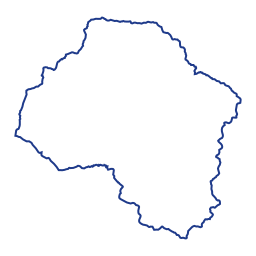 Kapong, Phangnga, Thailand, rotated 270°
{"feature_id": "78962969B49834487361674", "entity_name": "Kapong", "entity_type": "district", "adm_level": 2, "iso_a3": "THA", "parent_name": "Thailand", "parent_adm1": "Phangnga", "projection": "mercator", "projection_center": [98.457, 8.749], "detail": "fine", "context": "isolated", "style": "outline", "palette": "blue", "viewbox_px": 256, "rotation_deg": 270, "n_neighbors": 0, "source": "geoboundaries", "source_scale": "gbopen_adm2", "svg_char_len": 5791}
<svg xmlns="http://www.w3.org/2000/svg" viewBox="0 0 256 256"><g transform="rotate(270 128 128)"><path d="M189.3,195.7L189.2,195.0L189.3,194.6L191.0,193.5L191.0,191.0L192.0,190.5L192.3,189.3L192.7,188.8L194.5,188.0L195.6,186.9L196.4,185.6L197.2,185.4L199.3,186.0L200.8,186.2L201.6,185.7L202.7,185.7L204.4,184.8L206.4,184.9L207.5,184.4L208.5,183.4L208.8,181.1L209.3,180.5L210.6,180.1L214.0,179.9L214.7,179.6L215.5,178.3L216.5,177.5L216.5,176.0L216.9,174.6L216.5,173.2L216.6,172.6L217.1,172.1L219.3,171.2L221.0,170.2L222.8,168.2L223.1,167.5L223.0,166.4L223.8,163.4L225.6,162.4L229.0,161.4L229.6,159.7L230.5,158.4L231.4,157.5L232.7,156.9L233.2,156.2L233.3,154.1L233.9,153.1L233.5,151.1L234.2,148.2L234.1,147.6L233.2,146.0L233.3,143.8L232.4,141.6L232.9,139.4L232.8,137.5L233.4,135.1L233.3,133.9L232.7,132.6L232.7,131.9L233.0,131.1L234.5,130.5L234.7,130.1L234.4,128.8L234.4,126.9L234.5,124.7L235.0,123.2L234.5,122.1L234.6,121.3L234.1,120.1L235.2,116.7L235.0,114.7L236.2,110.7L235.5,109.1L235.4,107.9L235.9,106.3L236.9,105.5L237.1,104.4L237.9,103.7L238.4,102.3L238.4,101.9L237.4,100.9L237.1,100.2L237.2,95.7L236.5,93.4L236.3,91.1L235.4,90.4L233.8,88.2L232.0,87.9L231.3,87.4L229.8,87.7L229.3,87.1L227.8,86.8L226.9,84.8L226.2,84.1L225.3,84.1L221.5,85.9L218.1,85.5L216.1,84.5L214.8,83.5L213.8,83.5L211.8,82.7L210.2,83.1L209.7,82.5L206.8,80.7L205.2,78.9L202.9,77.8L202.5,76.8L202.8,75.6L202.8,74.9L203.6,72.9L203.7,72.0L201.9,67.7L201.4,65.9L199.8,65.8L199.2,65.1L198.0,64.8L197.8,63.5L196.7,62.3L197.0,61.5L196.2,60.8L195.8,60.0L194.6,59.2L194.4,58.3L193.9,57.7L192.8,57.2L188.3,56.1L186.6,54.9L186.1,54.1L186.0,53.6L186.9,52.7L187.0,51.7L187.6,50.9L187.8,49.7L187.8,48.1L188.6,47.2L188.8,45.4L188.3,43.7L187.6,43.3L186.0,43.5L184.6,43.3L181.4,42.3L180.7,41.7L180.3,41.8L180.2,42.6L178.4,43.3L177.1,42.6L174.5,42.2L172.8,42.3L172.2,42.1L171.2,40.1L169.4,38.0L169.4,36.3L167.9,33.8L167.6,32.1L167.0,30.6L166.7,28.4L165.4,26.4L163.2,26.3L161.8,26.6L161.2,26.5L152.8,23.2L149.2,22.4L145.8,21.0L145.1,20.2L143.3,20.1L141.9,19.3L141.4,19.4L140.2,20.3L138.8,19.9L137.1,20.3L136.1,19.6L135.2,19.8L131.3,19.8L130.0,19.6L127.4,18.7L127.0,18.3L126.8,17.3L125.6,16.2L120.2,15.4L119.9,17.1L119.1,18.7L118.9,20.2L116.6,23.0L114.7,26.5L114.7,29.1L113.2,31.5L111.1,32.7L107.7,35.8L103.7,38.5L103.1,39.6L103.1,40.0L103.7,41.6L101.2,41.4L100.5,41.7L99.9,42.4L97.7,46.5L97.7,47.0L98.1,48.3L97.8,49.0L96.9,49.7L95.1,50.8L92.2,54.0L89.0,56.7L85.9,58.7L85.8,62.4L86.2,64.7L86.7,66.0L87.1,68.1L88.1,69.0L88.2,69.5L87.9,70.3L88.1,73.3L89.3,76.6L90.1,77.7L90.1,78.9L89.6,80.2L87.9,81.9L87.6,84.2L88.8,86.3L88.9,87.2L89.6,88.6L89.0,89.4L89.2,89.9L89.1,90.6L89.7,91.3L89.9,91.7L89.8,92.4L89.4,92.7L89.8,93.3L90.2,93.2L90.5,93.4L90.4,93.8L90.7,93.9L90.7,94.9L91.2,96.0L91.1,97.0L90.1,98.3L90.2,98.9L90.8,99.0L90.6,99.3L91.0,99.6L90.9,99.9L91.2,100.4L90.5,102.4L90.6,104.3L90.9,104.4L90.3,105.2L90.7,105.3L90.7,105.6L90.2,106.3L89.1,106.2L89.5,107.4L88.0,107.2L86.3,108.1L87.1,110.8L87.1,112.4L86.9,113.2L86.2,113.7L85.5,113.8L81.4,113.2L79.9,114.3L78.5,114.1L78.0,114.2L74.4,117.2L74.2,117.8L73.5,118.0L73.0,119.1L72.3,119.5L70.0,122.4L69.5,122.8L68.9,122.7L67.0,121.0L65.6,120.4L64.8,120.3L62.8,120.8L61.8,119.8L59.9,119.3L58.9,119.2L58.0,119.4L57.0,120.4L53.5,126.9L52.5,130.6L53.1,132.7L53.0,133.8L52.3,134.9L50.9,136.1L50.6,137.7L49.8,138.8L49.0,139.1L45.3,138.3L43.4,138.4L42.4,138.7L41.1,140.2L40.3,140.6L39.2,140.5L36.4,139.3L35.1,139.1L34.1,139.3L33.1,140.1L32.1,141.5L31.3,143.2L31.1,144.6L30.5,147.0L29.1,148.8L29.0,149.7L29.4,150.5L29.3,152.5L26.2,154.1L26.4,156.7L26.3,158.2L27.2,159.6L29.4,161.9L29.4,162.5L27.8,164.2L26.8,166.6L27.0,168.5L26.2,169.3L24.4,172.2L24.1,173.1L23.5,173.8L23.3,175.1L21.8,176.4L21.1,176.7L21.0,178.0L20.6,178.8L18.6,180.1L18.2,180.4L18.0,181.6L18.3,183.1L17.7,185.0L17.6,186.0L17.9,186.6L18.3,186.8L19.9,186.6L22.1,187.8L25.0,188.2L28.9,192.0L29.7,193.2L30.1,194.4L29.5,196.3L29.6,197.8L28.8,200.3L28.9,200.9L29.5,201.9L31.5,201.8L32.2,202.0L33.0,202.6L33.7,203.6L34.7,203.9L36.6,205.2L36.8,206.0L36.5,207.0L37.0,208.2L36.9,209.9L38.3,210.2L38.8,211.1L39.4,211.8L40.6,212.6L41.3,212.9L42.2,212.5L43.6,210.8L44.2,210.3L45.6,210.5L46.5,210.0L47.0,210.0L48.4,210.9L48.9,213.3L48.3,214.5L48.3,214.9L50.7,217.6L51.5,219.3L52.1,220.0L54.2,219.9L55.2,219.5L55.7,218.7L55.5,217.7L56.4,216.4L57.5,215.9L59.4,214.3L60.9,212.8L61.6,212.4L62.3,212.2L64.6,212.1L67.0,211.4L70.7,211.7L71.7,211.1L73.2,211.0L74.1,210.6L74.9,210.8L75.6,212.3L77.0,213.0L77.4,214.0L78.3,214.8L78.8,215.9L80.0,216.5L81.0,218.0L81.8,218.7L82.8,219.2L86.3,218.2L87.6,218.0L89.5,218.7L91.2,219.8L93.6,220.4L94.9,219.8L96.9,219.6L97.6,218.3L98.4,217.6L98.8,216.3L99.5,216.1L100.6,216.7L101.5,218.3L102.0,218.8L103.6,219.4L106.1,219.2L107.7,221.6L108.4,222.1L109.5,222.2L110.8,221.9L112.1,221.0L114.2,218.7L114.8,218.3L115.3,218.2L117.1,220.1L118.1,222.1L119.4,222.8L120.9,222.9L124.6,221.9L126.5,221.8L128.1,222.1L128.8,222.5L130.0,223.4L130.9,224.7L132.9,224.2L133.2,224.3L133.5,224.8L133.7,226.0L132.9,228.3L132.9,229.2L133.9,230.7L135.0,231.4L138.2,232.2L138.5,233.0L138.3,236.0L138.5,236.4L140.1,236.3L141.3,237.0L142.0,237.1L144.7,236.1L145.9,235.9L151.6,236.9L152.6,238.0L152.9,239.7L153.2,240.3L155.7,240.6L156.6,240.6L157.5,240.2L159.2,237.9L159.8,236.7L161.6,236.7L162.2,236.4L163.6,233.7L164.5,233.1L164.7,232.6L165.5,231.7L167.4,230.9L167.9,230.1L169.4,229.0L169.8,228.4L170.5,226.0L171.3,224.9L172.3,224.5L172.7,224.1L172.9,223.2L172.7,220.8L174.6,219.1L175.1,216.7L176.8,214.6L176.9,212.4L178.0,211.8L178.2,210.7L179.3,209.6L180.8,207.5L180.9,207.1L180.7,206.3L181.7,205.5L182.5,202.9L183.3,202.4L183.2,201.6L184.0,200.7L184.0,200.2L183.5,199.7L183.6,198.8L182.2,196.5L181.9,194.8L183.6,195.0L185.0,194.4L187.1,195.5L187.5,196.1L188.6,196.1L189.3,195.7Z" fill="none" stroke="#1e3a8a" stroke-width="2"/></g></svg>